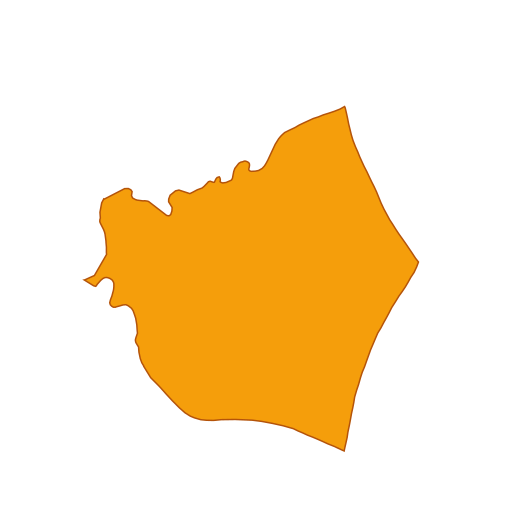 outline of Ma'rib City, Ma'rib, Yemen, rotated 205°
{"feature_id": "15242507B93077253954645", "entity_name": "Ma'rib City", "entity_type": "district", "adm_level": 2, "iso_a3": "YEM", "parent_name": "Yemen", "parent_adm1": "Ma'rib", "projection": "mercator", "projection_center": [45.317, 15.424], "detail": "fine", "context": "isolated", "style": "filled", "palette": "amber", "viewbox_px": 512, "rotation_deg": 205, "n_neighbors": 0, "source": "geoboundaries", "source_scale": "gbopen_adm2", "svg_char_len": 3175}
<svg xmlns="http://www.w3.org/2000/svg" viewBox="0 0 512 512"><g transform="rotate(205 256 256)"><path d="M238.9,428.9L242.0,424.6L246.1,420.3L250.3,416.3L254.7,412.3L258.2,408.5L262.2,404.8L265.5,400.9L268.9,396.9L272.2,392.9L275.1,388.7L279.1,383.9L282.2,380.0L283.4,377.2L284.2,375.0L285.0,372.0L285.8,365.4L285.8,347.9L286.0,344.2L286.4,341.1L287.4,338.0L289.8,334.6L292.5,332.6L296.1,330.7L297.3,330.5L298.7,330.9L299.3,331.6L299.7,333.8L300.3,335.7L301.0,336.8L301.8,337.4L303.0,337.7L304.6,337.7L305.8,337.5L306.8,337.0L307.8,335.9L309.6,334.5L310.8,332.6L312.2,326.5L311.9,323.2L310.2,316.5L310.3,314.5L311.6,312.9L314.2,310.0L317.1,308.1L318.9,307.9L320.0,308.2L320.2,309.1L320.8,310.5L322.0,311.8L322.8,312.2L324.4,310.7L324.9,308.8L324.9,307.1L324.9,305.8L324.9,305.3L325.2,305.0L326.2,304.7L329.2,304.4L330.5,303.2L330.9,301.8L332.5,297.1L333.6,294.8L337.2,291.2L340.5,286.8L342.3,284.6L353.7,283.2L356.5,281.0L359.5,274.8L359.2,270.7L358.1,268.2L352.5,264.5L351.2,261.1L350.8,257.4L351.9,255.6L354.1,255.0L376.4,260.0L377.8,259.8L380.3,259.0L381.7,258.2L387.4,256.4L389.3,256.2L392.3,256.4L394.3,258.0L395.5,262.0L397.4,263.1L400.1,263.2L403.5,261.6L417.5,243.5L418.1,243.5L418.3,238.9L415.9,229.7L413.1,224.6L412.8,222.8L412.0,221.0L410.6,219.7L408.3,217.9L405.5,215.7L403.6,213.9L402.1,212.1L398.2,206.0L398.0,205.5L395.3,200.8L393.0,195.8L392.1,194.3L394.2,170.0L395.8,168.2L401.1,162.0L401.5,161.7L390.6,160.4L388.6,160.7L388.1,161.5L388.0,163.0L386.4,168.4L385.2,170.9L383.9,172.5L382.3,173.4L380.7,173.8L378.6,173.9L376.1,173.4L374.4,172.3L373.2,171.0L371.8,168.0L371.0,165.7L370.7,164.5L370.5,163.7L370.4,162.8L369.7,159.0L369.4,154.8L368.8,151.8L367.4,150.2L365.5,149.5L363.7,149.3L361.9,150.1L360.9,151.1L358.6,153.0L355.9,155.4L353.3,156.9L350.7,156.9L346.8,156.0L344.3,154.5L341.9,152.1L338.7,148.7L334.9,143.2L332.5,138.8L330.8,135.9L330.3,131.2L330.0,129.5L329.5,128.3L328.3,126.8L325.7,125.0L324.0,123.9L321.4,119.3L317.5,114.1L314.4,111.0L311.3,108.9L311.2,108.6L300.0,101.2L289.1,97.2L284.3,95.2L279.0,92.9L270.7,89.5L261.2,86.0L254.1,83.9L247.9,83.1L243.4,83.3L236.9,84.3L231.5,86.2L225.1,89.0L218.3,93.0L205.7,99.1L190.1,105.6L181.0,108.5L170.5,111.2L159.7,113.6L149.2,115.3L144.0,115.2L138.9,115.4L133.7,115.4L127.9,115.8L122.3,116.0L117.1,116.1L111.8,116.1L104.9,116.5L99.3,116.5L93.7,116.5L94.3,119.0L95.4,124.1L96.7,130.0L98.3,135.3L99.8,141.8L101.2,147.3L102.9,153.7L104.1,159.1L105.4,164.3L107.0,169.9L108.1,177.1L108.7,182.6L109.9,190.0L110.6,195.7L110.8,201.4L111.4,207.4L112.0,214.0L112.5,219.4L112.7,225.7L112.9,231.1L113.1,237.6L112.4,243.6L112.1,250.0L111.7,255.4L111.4,260.7L111.2,266.7L110.3,273.4L109.5,280.3L108.5,285.4L107.6,291.1L107.1,296.2L106.7,302.0L105.8,307.9L105.8,314.0L106.2,319.2L110.7,321.5L115.5,324.5L120.7,327.6L125.2,330.3L130.6,333.4L135.4,336.1L140.5,339.2L145.7,342.6L150.1,345.3L155.2,349.1L159.8,352.5L165.1,356.9L169.5,361.0L173.7,364.9L178.2,368.7L182.4,372.0L186.8,375.6L191.1,379.2L195.9,382.9L199.8,386.2L203.9,389.7L207.6,393.2L212.1,397.1L217.0,401.8L220.9,406.2L224.4,410.6L227.8,414.8L231.3,419.6L234.5,423.8L237.8,428.0L238.9,428.9Z" fill="#f59e0b" stroke="#b45309" stroke-width="1.5"/></g></svg>